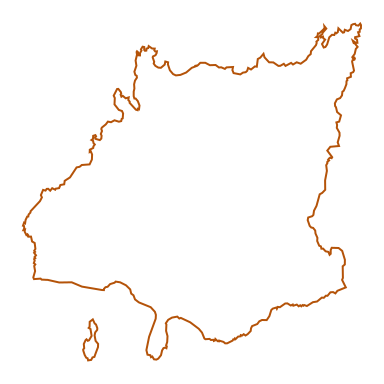 the district of Ende, Nusa Tenggara Timur, Indonesia
{"feature_id": "22746128B46201528673681", "entity_name": "Ende", "entity_type": "district", "adm_level": 2, "iso_a3": "IDN", "parent_name": "Indonesia", "parent_adm1": "Nusa Tenggara Timur", "projection": "equal_earth", "projection_center": [121.742, -8.674], "detail": "fine", "context": "isolated", "style": "outline", "palette": "amber", "viewbox_px": 384, "rotation_deg": 0, "n_neighbors": 0, "source": "geoboundaries", "source_scale": "gbopen_adm2", "svg_char_len": 5826}
<svg xmlns="http://www.w3.org/2000/svg" viewBox="0 0 384 384"><path d="M350.9,76.8L350.7,73.2L353.2,72.1L354.0,70.6L352.1,61.6L352.5,60.3L354.4,59.7L354.9,58.6L354.4,57.6L352.8,58.1L352.3,57.2L354.7,53.9L355.8,49.0L357.6,46.9L354.9,43.5L353.7,43.1L352.8,40.7L355.9,42.9L357.4,42.8L357.0,39.6L355.1,38.5L355.1,37.2L359.4,36.1L358.1,32.2L359.7,31.8L359.7,29.4L360.9,28.5L361.0,25.1L360.2,23.6L358.4,25.6L356.0,25.2L355.1,23.8L353.1,24.2L351.4,25.1L350.6,29.1L348.0,31.0L344.8,29.8L344.1,32.3L342.9,32.7L338.4,28.3L337.8,32.1L336.4,33.3L335.3,32.7L334.3,35.0L332.0,34.8L329.3,37.3L327.1,44.5L325.4,47.0L323.7,47.5L322.0,44.0L325.1,39.6L323.3,38.2L323.0,36.6L320.8,37.5L320.0,36.0L322.4,34.0L322.6,32.8L326.3,28.6L324.4,26.2L324.6,27.7L323.5,29.4L319.1,33.5L317.9,33.4L317.6,35.8L316.2,37.1L318.3,37.2L318.2,40.0L316.4,41.6L316.7,42.9L316.0,45.1L311.0,51.2L310.7,54.1L308.3,56.1L306.2,59.7L300.7,63.7L296.7,62.3L293.0,64.5L291.1,62.9L285.5,65.9L283.8,63.8L280.3,65.8L278.4,65.9L273.3,62.4L269.1,62.3L264.5,57.3L263.5,53.8L260.2,57.7L257.8,59.0L256.8,66.7L254.9,66.4L251.0,69.5L248.1,67.9L247.2,70.8L245.7,72.2L243.0,72.6L240.3,74.4L233.6,73.1L232.4,70.1L233.0,67.0L226.5,67.4L224.9,68.9L221.2,67.3L219.0,67.5L215.6,65.0L209.9,65.2L205.3,62.8L200.3,62.8L197.8,65.3L194.4,66.0L197.6,65.6L191.8,67.8L186.2,72.5L180.4,74.9L175.9,75.4L173.1,74.1L169.9,70.3L167.9,64.4L168.1,62.3L165.3,61.5L164.7,64.6L160.9,67.8L158.3,67.6L155.4,65.9L153.7,63.6L154.2,61.8L152.7,57.5L152.9,56.5L155.5,55.2L156.6,53.2L156.9,51.3L155.3,51.5L154.3,50.3L154.7,48.6L152.1,48.5L148.7,46.1L148.2,48.1L146.5,48.6L146.3,50.6L145.0,50.8L144.2,49.9L144.2,47.0L142.6,46.7L140.9,49.4L141.5,50.5L140.0,53.1L140.0,55.4L138.5,55.3L138.0,52.2L137.0,51.3L136.6,52.0L137.0,54.7L135.6,60.5L136.4,65.7L134.4,71.7L135.3,74.9L136.7,75.8L136.9,77.7L135.0,80.6L134.1,84.3L134.4,88.6L133.7,91.6L133.7,96.2L134.4,98.5L135.6,98.5L137.8,101.1L139.5,105.5L139.0,109.3L137.8,108.8L137.6,110.2L135.9,109.7L129.6,102.8L129.7,101.6L128.3,100.0L128.7,97.4L125.7,98.3L122.7,95.8L121.4,96.7L120.6,94.6L121.2,93.6L120.8,92.0L118.3,88.9L117.1,89.0L113.7,95.7L114.8,98.0L114.5,104.4L118.8,109.9L122.0,111.0L123.1,113.5L122.7,118.4L121.7,118.9L121.2,121.1L118.9,121.7L114.5,120.3L111.0,122.2L107.9,121.6L105.8,124.4L101.8,127.6L101.3,129.0L102.0,131.0L100.8,134.0L101.6,135.7L101.3,138.6L99.8,140.1L95.4,138.8L95.1,137.6L96.1,136.4L95.4,135.1L93.2,135.8L93.0,138.9L91.5,140.0L93.1,140.9L93.5,143.1L94.8,144.5L93.4,146.4L93.2,148.0L89.8,149.7L89.7,152.0L90.8,151.4L92.1,154.5L91.9,159.5L89.6,164.4L81.8,165.0L79.6,166.8L76.6,167.4L70.0,177.4L64.7,180.8L64.2,184.3L60.4,185.0L59.1,188.1L55.7,188.7L55.2,189.7L52.2,188.2L50.2,190.7L48.2,188.8L46.7,188.9L45.5,190.6L43.1,189.9L40.9,195.1L41.9,197.4L40.0,201.1L30.6,211.2L30.4,212.6L28.6,214.5L28.3,216.5L27.2,216.6L25.6,219.9L25.1,223.3L24.1,222.6L23.0,225.7L23.9,225.9L24.3,228.1L23.5,229.9L25.0,229.5L24.6,231.5L26.3,234.9L27.4,234.2L28.2,235.2L27.7,236.0L28.2,236.7L31.0,236.6L32.1,241.5L34.7,243.0L35.4,248.9L34.2,250.8L35.1,251.9L34.1,252.8L36.0,255.3L34.5,257.1L35.3,258.2L34.1,259.1L34.7,260.7L33.8,263.1L35.3,264.4L34.2,266.0L35.1,271.1L33.3,277.4L34.0,279.1L40.6,278.6L41.6,279.6L47.8,279.9L59.3,282.5L71.7,282.3L81.9,286.6L101.9,290.0L103.9,290.1L104.0,288.8L105.5,287.2L107.6,286.8L110.1,284.1L114.6,282.7L115.6,281.6L120.1,282.3L126.0,285.3L130.2,289.4L131.2,293.6L133.5,295.3L135.0,299.4L138.9,302.4L150.7,307.2L154.9,311.8L155.9,314.9L155.7,318.7L149.1,336.8L146.4,350.1L147.5,354.7L150.3,355.2L151.0,357.2L152.3,356.5L154.0,359.3L156.4,359.6L158.3,358.6L161.0,355.2L162.1,350.4L163.5,348.1L165.3,347.6L166.4,348.2L166.8,346.4L166.1,345.4L167.2,342.0L167.5,336.1L166.1,330.9L166.4,324.5L165.8,323.3L168.2,319.8L172.0,317.6L177.3,316.6L179.3,318.5L180.8,317.9L190.2,322.3L198.8,328.8L202.0,332.6L204.4,338.5L205.4,339.2L209.6,338.9L210.9,340.0L213.7,339.8L213.9,340.9L215.3,340.3L215.5,339.1L217.7,341.2L219.1,341.3L219.2,340.6L223.5,341.9L225.1,343.3L227.2,343.3L232.6,340.6L233.3,339.3L234.5,339.5L234.9,338.5L235.6,339.1L238.1,336.6L240.6,336.3L240.8,335.1L242.2,335.5L243.7,334.2L245.5,335.5L247.6,334.2L250.7,331.0L251.0,328.4L252.1,326.1L257.3,324.0L259.3,321.3L262.0,320.0L266.7,320.1L269.4,316.1L271.3,310.0L272.8,308.6L276.4,307.5L276.9,308.7L277.8,306.9L279.9,307.2L285.2,303.5L287.4,303.4L290.8,305.5L292.8,304.5L293.3,305.7L296.8,304.6L298.7,306.3L300.2,305.3L301.3,306.3L302.5,305.1L303.4,305.7L304.1,305.0L306.9,306.0L312.9,302.2L317.1,301.5L321.8,297.6L323.8,297.8L325.9,295.7L327.5,295.8L330.4,292.3L333.1,292.1L335.4,293.4L337.4,290.8L345.8,287.4L342.1,279.9L342.9,277.9L342.7,266.3L344.8,264.5L344.9,259.8L342.2,250.9L338.6,248.0L331.7,247.8L330.7,250.1L330.7,253.8L329.6,254.8L328.4,251.9L325.6,251.3L323.1,248.6L321.4,248.7L320.9,246.4L319.2,245.7L317.2,241.0L317.4,237.8L315.5,233.5L315.2,230.5L313.1,227.9L311.2,227.5L309.7,225.9L307.7,220.1L308.2,217.5L312.2,216.2L313.4,214.9L314.0,210.7L316.5,205.9L319.7,194.3L322.2,192.9L325.2,189.8L325.1,180.4L326.9,170.9L326.2,165.2L327.4,163.1L327.2,162.1L329.0,160.5L328.1,159.8L328.9,158.6L330.1,157.7L331.6,158.2L332.2,157.2L327.3,150.6L330.3,146.8L339.0,146.0L337.7,142.3L339.6,135.8L339.5,132.7L336.8,127.9L337.1,124.9L336.4,122.4L339.2,121.6L341.0,115.3L337.1,112.0L336.0,107.3L335.1,106.0L334.9,103.3L336.9,99.4L340.1,98.1L342.0,95.4L342.4,91.7L343.7,90.8L345.0,87.9L346.4,84.2L346.5,81.2L347.0,80.5L347.4,81.1L347.1,78.3L350.9,76.8ZM94.7,323.5L92.8,319.4L89.7,321.8L89.6,326.8L88.7,327.9L90.5,329.0L91.6,335.9L89.0,340.3L87.8,340.8L86.5,339.3L85.6,340.1L83.8,344.0L84.2,348.2L83.2,349.5L83.3,350.7L84.7,355.0L86.2,357.7L87.6,358.3L88.1,360.4L91.2,359.9L92.5,357.4L94.4,356.9L95.4,354.0L94.9,353.7L95.4,354.0L98.0,347.1L98.1,343.9L95.6,340.9L94.6,335.4L95.2,332.4L97.2,329.9L97.3,328.1L96.0,324.5L94.7,323.5Z" fill="none" stroke="#b45309" stroke-width="2"/></svg>